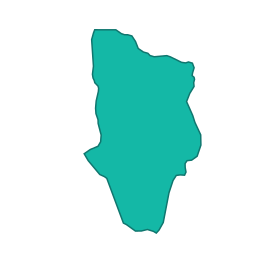 Chahar Mahall and Bakhtiari, orthographic projection, rotated 28°
{"feature_id": "IRN-3218", "entity_name": "Chahar Mahall and Bakhtiari", "entity_type": "Province", "adm_level": 1, "iso_a3": "IRN", "parent_name": "Iran", "parent_adm1": "", "projection": "orthographic", "projection_center": [50.632, 31.874], "detail": "fine", "context": "isolated", "style": "filled", "palette": "teal", "viewbox_px": 256, "rotation_deg": 28, "n_neighbors": 0, "source": "natural_earth", "source_scale": "10m", "svg_char_len": 1024}
<svg xmlns="http://www.w3.org/2000/svg" viewBox="0 0 256 256"><g transform="rotate(28 128 128)"><path d="M154.4,40.5L158.1,43.8L159.1,48.8L160.0,51.6L162.5,52.2L163.9,53.8L164.7,57.1L166.8,60.3L166.3,68.5L167.3,77.2L179.3,86.6L184.4,91.6L195.4,99.9L200.4,108.9L202.3,120.5L199.3,126.5L195.5,129.1L195.1,132.6L197.0,136.0L199.9,139.7L200.1,143.1L196.1,144.9L192.9,147.2L192.4,153.2L194.6,166.0L203.5,194.9L203.3,203.6L202.3,207.5L199.0,207.3L192.8,208.5L188.1,212.7L182.9,215.5L171.9,214.0L168.6,214.1L132.9,182.4L130.0,182.0L124.9,182.3L108.2,175.5L101.4,171.3L104.8,164.7L110.1,158.2L110.3,153.0L107.6,146.8L99.5,138.0L97.7,134.8L93.0,130.4L90.1,125.8L87.2,119.0L84.7,109.7L83.4,106.7L81.9,105.1L77.4,103.6L76.0,102.0L73.7,100.3L71.4,97.3L68.5,89.7L54.4,67.0L52.9,60.2L52.5,56.9L71.2,47.0L77.7,47.8L81.1,47.3L84.0,45.8L88.2,44.9L94.0,48.1L99.7,53.0L105.9,53.7L110.5,52.7L113.4,53.7L117.7,52.8L128.3,45.9L132.0,45.3L144.4,44.9L148.3,43.5L150.4,41.3L154.4,40.5Z" fill="#14b8a6" stroke="#0f766e" stroke-width="1.5"/></g></svg>